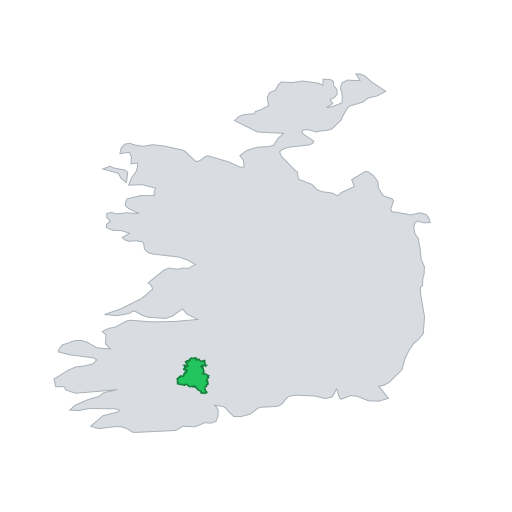 location of Mallow Lea-5, Cork, Ireland, rotated 10°
{"feature_id": "5873133B25639176820798", "entity_name": "Mallow Lea-5", "entity_type": "district", "adm_level": 2, "iso_a3": "IRL", "parent_name": "Ireland", "parent_adm1": "Cork", "projection": "equal_earth", "projection_center": [-8.702, 52.146], "detail": "fine", "context": "in_parent", "style": "filled", "palette": "green", "viewbox_px": 512, "rotation_deg": 10, "n_neighbors": 0, "source": "geoboundaries", "source_scale": "gbopen_adm2", "svg_char_len": 8616}
<svg xmlns="http://www.w3.org/2000/svg" viewBox="0 0 512 512"><g transform="rotate(10 256 256)"><path d="M334.8,85.7L322.3,92.0L320.3,94.5L316.8,104.2L316.4,107.0L308.6,117.8L304.1,120.0L297.4,121.8L293.6,123.5L288.8,122.6L282.8,122.8L279.8,124.7L279.9,126.2L281.7,127.9L293.0,132.9L292.4,135.0L289.2,137.4L269.1,143.2L263.1,146.8L261.1,149.1L263.2,153.0L279.4,164.8L282.1,166.1L284.5,173.0L298.7,175.8L304.6,180.1L309.6,181.2L320.5,180.8L324.9,182.4L327.3,181.2L328.7,178.9L340.8,170.5L337.0,164.3L349.2,153.6L352.5,153.8L358.3,157.0L363.1,161.6L364.7,167.6L369.3,173.1L372.2,174.9L380.1,176.0L381.9,178.2L380.6,186.1L381.8,188.7L401.8,188.5L409.7,185.0L416.6,185.7L420.1,189.2L421.7,192.8L415.7,194.2L409.5,193.5L406.5,195.9L406.4,200.5L408.6,206.4L412.8,210.7L416.3,220.2L419.3,230.8L423.7,237.2L424.7,245.1L424.2,249.1L425.1,256.1L423.3,258.6L424.8,265.2L432.5,286.6L434.2,303.3L430.7,309.6L426.0,315.6L423.0,322.7L420.7,330.3L419.4,342.7L409.2,357.2L404.8,360.8L399.6,363.0L411.1,373.2L401.9,377.7L391.8,379.1L380.6,376.6L373.7,376.9L364.9,382.2L362.9,381.2L358.6,372.9L355.6,381.5L349.2,384.3L338.2,383.7L319.8,386.0L312.7,388.4L309.8,392.3L307.6,396.7L304.8,399.4L301.5,400.8L287.3,404.0L284.5,405.4L277.9,412.6L269.3,416.7L262.1,418.0L255.7,413.8L253.1,411.3L250.1,410.0L240.4,410.2L243.4,411.5L245.5,414.4L246.4,420.1L245.3,425.7L240.5,428.5L234.7,429.0L225.7,434.8L213.6,436.4L207.1,441.8L167.3,450.8L165.0,450.9L159.5,448.6L153.5,447.6L147.6,448.3L130.9,453.3L122.8,452.3L133.2,439.8L147.1,433.5L148.5,431.7L144.0,430.9L117.7,435.3L108.5,439.0L99.4,440.1L103.7,434.4L115.5,426.6L125.7,421.5L130.1,416.9L142.6,411.7L102.5,422.4L92.1,421.1L89.6,418.1L81.4,419.5L78.4,412.3L90.6,401.3L97.7,396.6L106.1,394.1L114.2,390.4L117.2,385.9L113.4,384.5L89.3,385.7L77.8,384.7L78.5,381.2L80.6,377.3L92.6,370.6L99.1,369.5L104.9,370.2L115.0,374.1L128.6,372.8L123.0,368.6L122.0,359.9L117.7,357.0L123.3,353.0L129.6,350.5L140.2,342.3L144.0,341.0L164.9,339.0L187.4,334.6L209.6,328.6L198.2,325.3L192.8,320.9L184.0,329.8L177.6,333.2L159.7,335.1L154.1,334.1L146.1,331.3L143.6,332.3L141.3,334.5L129.5,338.9L117.0,339.9L131.5,331.9L150.0,318.2L154.1,313.9L159.9,306.5L158.1,303.2L154.4,301.3L167.7,285.9L172.4,283.1L180.9,282.7L187.1,280.3L189.8,280.3L192.3,279.4L197.7,274.8L189.3,271.9L180.7,270.4L153.8,272.0L150.3,271.6L147.0,270.2L144.8,268.2L143.2,263.0L141.3,261.8L135.2,261.8L129.2,263.4L125.1,263.3L121.0,261.0L127.6,255.7L119.2,254.4L110.6,255.5L103.6,253.9L103.4,250.6L106.6,247.2L102.5,244.1L101.6,240.1L106.1,238.2L111.0,238.8L121.0,235.9L133.8,234.5L122.9,231.6L118.5,229.1L118.3,225.3L119.2,222.1L131.9,216.6L145.4,214.2L144.5,210.6L145.4,206.7L131.8,205.5L118.3,208.3L119.8,200.8L123.1,194.1L123.8,189.7L123.2,185.0L116.9,187.0L116.2,180.3L113.5,175.8L104.2,178.9L104.5,172.9L107.2,168.7L112.1,166.9L116.9,167.7L125.9,167.6L134.6,164.4L147.0,163.6L166.9,164.6L180.5,173.5L184.1,171.9L189.5,166.3L192.1,165.7L212.7,168.1L225.5,171.4L228.9,170.4L227.0,164.1L222.6,159.8L228.2,154.1L234.9,150.3L239.3,148.4L249.7,146.0L254.2,143.8L257.2,136.5L261.9,130.4L236.0,133.6L211.3,126.4L215.2,121.4L220.4,118.5L229.4,116.3L230.3,113.7L234.8,111.5L242.3,105.7L239.5,98.2L241.0,92.8L246.4,89.2L248.0,84.1L250.4,80.3L261.4,79.0L271.9,75.5L288.1,75.0L292.3,76.4L291.3,70.2L298.9,69.4L301.9,70.7L303.2,75.0L306.7,77.8L307.8,82.7L305.5,86.4L301.7,89.3L305.2,92.3L299.8,97.7L305.7,95.4L314.1,90.1L313.6,85.8L312.2,80.5L309.8,75.6L310.8,70.3L315.5,66.9L328.0,65.3L322.8,59.2L327.4,58.7L332.3,59.9L339.7,64.6L355.2,71.3L347.7,77.2L338.5,81.2L334.8,85.7ZM115.6,203.3L115.3,206.2L109.3,202.6L106.4,198.6L90.1,196.8L96.9,192.9L100.2,194.0L111.8,194.2L115.1,195.9L115.6,203.3Z" fill="#d9dde1" stroke="#a8b0b8" stroke-width="1"/><path d="M200.8,395.4L201.4,395.4L202.5,395.5L203.0,395.7L204.2,395.7L205.4,395.1L205.6,395.5L205.9,395.7L206.7,395.6L206.9,395.5L207.2,395.2L207.8,395.7L208.3,395.7L208.3,395.3L208.5,395.1L209.1,394.7L209.8,394.3L210.4,394.5L210.8,394.5L211.0,394.6L211.2,395.1L211.4,395.3L211.5,395.3L211.8,395.5L212.1,395.8L212.2,395.7L212.6,396.0L213.3,396.2L213.9,395.9L214.9,395.8L215.5,395.6L216.1,395.5L216.2,395.4L216.3,395.5L216.3,395.4L217.0,395.3L217.1,395.2L217.4,395.0L217.5,394.9L217.4,394.8L217.5,394.7L217.4,394.7L217.5,394.6L217.8,394.8L217.9,395.1L218.0,395.3L218.0,395.5L218.7,395.6L219.1,395.5L219.7,395.5L219.8,396.0L219.7,396.1L220.0,396.2L220.2,396.4L220.3,396.4L220.4,396.6L221.5,397.1L221.4,397.2L221.5,397.5L221.9,397.8L222.8,398.1L223.4,398.4L224.0,398.4L224.8,398.7L225.6,398.8L225.7,399.0L225.7,399.3L225.6,399.5L225.6,399.9L225.7,400.1L225.6,400.4L225.7,400.5L225.9,400.4L226.6,400.4L227.1,400.0L227.4,400.0L227.7,400.1L228.9,400.0L229.0,400.0L229.4,400.3L230.1,399.9L230.3,399.6L230.5,399.4L231.0,399.2L230.9,398.9L231.2,398.6L230.9,398.4L230.8,398.2L230.3,398.0L230.3,397.9L230.1,397.8L229.7,397.7L229.4,396.8L229.2,396.6L229.1,396.3L229.0,395.8L228.6,395.5L228.5,395.2L228.5,394.6L228.4,393.9L229.3,393.3L229.9,392.7L229.5,391.2L230.2,391.2L230.9,390.8L231.1,390.2L231.0,389.8L230.6,389.3L230.2,389.2L229.8,388.9L229.8,388.7L230.1,388.4L230.3,388.1L230.1,387.9L230.0,387.7L229.6,387.8L229.0,387.6L229.0,387.3L228.9,387.1L229.1,386.8L229.2,386.7L229.3,386.1L229.1,385.9L229.1,385.6L229.6,385.2L229.8,384.9L230.2,384.5L230.3,384.3L230.2,384.2L230.3,384.1L230.1,383.8L229.7,383.8L229.6,383.7L229.4,383.4L229.3,383.2L229.9,383.1L229.9,382.9L230.0,382.5L230.3,382.2L230.0,382.1L229.7,382.4L229.4,382.1L229.1,381.9L228.7,381.8L227.9,381.3L227.3,381.3L227.3,381.2L227.2,381.0L227.4,380.9L227.0,380.9L226.5,381.2L226.2,381.4L225.7,381.4L225.0,381.4L224.6,381.3L224.5,381.0L224.1,381.2L223.7,381.2L223.6,380.9L223.9,380.7L224.5,380.2L224.7,379.8L224.7,379.6L224.7,379.4L224.5,379.2L224.5,378.9L224.8,378.9L224.5,378.4L224.6,378.1L224.4,378.0L224.4,377.9L224.1,377.5L223.6,376.5L223.5,376.1L223.5,375.6L223.4,375.6L222.8,375.4L222.4,375.5L222.0,375.5L221.9,375.2L221.9,374.7L221.3,374.6L221.2,374.4L221.4,374.4L221.4,374.2L221.7,374.2L221.7,373.9L221.8,373.6L221.7,373.1L222.1,373.0L222.3,373.4L222.4,373.7L223.0,373.7L223.1,373.3L223.3,373.2L223.8,373.1L223.8,372.9L224.0,372.9L224.1,372.5L224.5,372.6L224.9,372.8L225.5,373.1L225.5,372.9L225.5,372.7L225.9,372.4L226.0,372.3L225.9,372.3L226.0,372.2L225.7,372.1L225.2,372.1L224.6,371.9L224.6,371.7L224.3,371.4L224.4,371.0L224.5,370.6L224.4,370.3L224.1,369.8L223.7,369.3L223.8,368.1L223.7,367.8L223.6,367.7L223.0,368.0L222.9,368.0L222.7,368.4L222.2,368.8L221.4,368.6L221.2,368.8L221.2,369.1L220.1,369.5L219.2,368.8L218.9,368.8L218.2,368.3L218.3,368.3L218.0,368.0L218.1,367.9L217.9,367.6L217.4,367.6L217.3,367.8L217.2,367.9L217.2,368.0L216.8,368.1L216.7,368.3L216.3,368.1L216.1,368.0L215.4,368.5L215.0,368.6L215.1,368.3L215.0,368.1L215.0,367.7L214.8,367.3L214.4,366.6L213.7,366.8L213.3,367.0L212.9,367.3L212.5,367.6L212.0,367.7L211.3,367.9L210.9,367.6L210.5,367.6L210.1,367.6L210.0,367.8L209.7,368.2L209.6,368.6L209.4,369.0L209.0,369.1L208.8,369.0L208.6,369.3L208.5,369.5L208.7,370.1L208.8,370.3L208.9,370.5L208.6,370.6L208.4,370.7L208.2,370.9L208.3,370.9L208.3,371.0L208.2,371.3L208.1,371.2L208.0,371.3L208.0,371.2L207.8,371.2L207.7,371.0L207.6,370.8L207.4,370.8L207.2,370.8L207.1,371.0L206.9,371.0L206.2,371.2L206.2,371.3L206.1,371.5L206.1,372.2L205.7,372.2L205.0,372.4L205.2,372.7L205.4,372.7L205.5,373.1L205.8,373.2L205.8,373.6L206.2,373.8L206.6,373.8L206.8,373.9L206.7,373.9L206.8,374.2L206.9,374.6L207.2,374.9L207.4,375.0L207.5,375.4L207.8,375.7L207.7,375.8L207.7,376.0L207.7,376.4L207.8,376.4L207.8,376.5L207.3,376.4L206.0,376.2L205.9,376.0L205.6,376.0L205.2,376.0L204.7,375.9L204.1,376.1L204.7,376.4L204.9,376.6L205.0,376.9L205.8,376.9L205.9,377.1L206.1,377.3L205.8,377.3L205.1,377.5L204.9,377.5L205.1,378.0L205.4,378.4L205.1,378.5L205.1,378.8L205.1,379.1L205.0,379.4L204.9,379.6L204.6,379.6L204.4,379.8L204.7,380.0L204.7,380.4L204.8,380.5L205.0,380.5L205.2,379.8L205.6,379.8L205.7,380.1L206.0,380.2L206.6,380.2L207.0,380.0L207.3,380.0L207.6,380.2L207.8,380.4L207.5,380.5L207.0,380.5L206.9,380.5L207.1,380.7L207.0,381.2L207.2,381.4L207.0,381.6L206.9,381.7L207.1,381.8L207.5,381.8L207.5,382.0L207.7,382.4L207.1,382.7L206.4,382.7L206.4,383.0L206.6,383.1L206.7,383.3L206.6,383.5L206.7,383.9L206.6,384.1L206.4,384.3L205.8,384.2L205.6,384.4L205.5,384.5L205.5,385.0L205.6,385.7L205.5,386.4L205.2,387.2L205.1,387.3L204.4,387.3L204.1,387.1L202.9,387.0L202.7,388.0L202.6,388.4L202.1,388.4L201.9,388.5L201.7,388.3L201.6,388.6L201.2,388.8L201.2,389.0L201.2,389.5L200.5,389.9L200.5,389.7L199.6,390.9L200.6,391.8L200.3,393.0L200.5,393.7L200.8,394.2L201.2,394.2L200.9,394.7L200.9,395.0L200.8,395.4Z" fill="#22c55e" stroke="#15803d" stroke-width="1.5"/></g></svg>